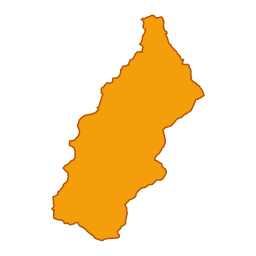 Formoso, Goiás, Brazil
{"feature_id": "56859067B82615632174924", "entity_name": "Formoso", "entity_type": "district", "adm_level": 2, "iso_a3": "BRA", "parent_name": "Brazil", "parent_adm1": "Goiás", "projection": "orthographic", "projection_center": [-48.87, -13.706], "detail": "fine", "context": "isolated", "style": "filled", "palette": "amber", "viewbox_px": 256, "rotation_deg": 0, "n_neighbors": 0, "source": "geoboundaries", "source_scale": "gbopen_adm2", "svg_char_len": 3619}
<svg xmlns="http://www.w3.org/2000/svg" viewBox="0 0 256 256"><path d="M202.9,96.2L204.0,95.4L203.4,93.4L202.9,91.9L201.9,89.9L200.5,88.5L199.5,86.2L197.1,84.6L196.3,83.2L194.2,82.4L192.1,80.6L190.8,79.2L191.6,77.3L190.8,76.0L190.9,73.4L191.0,71.8L190.4,68.9L189.2,67.5L189.0,65.2L187.5,64.3L185.6,64.6L183.7,64.3L182.2,63.9L182.7,62.1L183.4,59.5L181.5,60.0L180.2,56.8L179.4,55.2L177.5,54.1L176.9,52.2L175.1,50.3L173.3,48.6L171.4,46.5L170.4,44.4L169.2,43.9L167.9,40.1L167.5,38.5L166.9,37.0L165.5,34.6L167.0,33.5L166.7,31.8L164.7,30.5L163.6,27.5L163.5,24.6L163.9,22.2L163.2,19.9L162.4,17.8L161.2,16.9L159.0,17.5L156.7,18.1L154.8,16.8L153.5,15.4L151.2,15.4L150.2,16.3L148.1,17.0L146.1,17.7L144.6,18.7L142.7,18.4L141.4,19.5L143.1,20.6L143.8,22.2L143.7,23.7L142.9,26.3L143.6,28.2L145.6,29.7L144.3,33.9L142.7,35.7L142.4,38.8L141.9,40.5L141.0,43.1L139.7,44.2L140.9,44.9L142.2,45.6L143.1,47.3L142.3,49.1L142.2,52.0L139.8,51.7L137.3,52.0L135.5,53.8L133.7,57.7L132.3,59.2L130.1,60.0L129.1,62.5L128.6,65.1L127.3,65.0L125.9,66.2L123.5,66.0L122.4,67.0L122.1,68.4L120.7,69.8L120.8,71.4L120.4,73.3L119.4,75.8L117.4,77.6L114.6,78.2L112.8,78.4L112.6,80.1L112.6,82.1L110.7,83.0L108.7,83.4L107.5,82.7L105.5,84.2L104.0,86.4L101.5,88.2L101.2,90.2L101.8,91.5L101.2,93.0L102.9,94.1L102.2,95.9L101.6,97.5L101.3,99.4L100.5,101.3L99.8,103.6L99.1,106.2L97.2,107.9L98.5,109.3L98.0,110.7L96.4,111.3L96.0,112.8L93.6,113.3L92.2,113.9L90.1,114.5L87.2,114.9L84.6,115.6L82.8,116.8L81.6,117.9L79.2,120.2L79.0,121.7L78.4,123.2L77.6,124.8L77.9,126.6L78.4,127.9L79.2,130.0L79.6,131.5L79.2,134.4L77.1,137.4L75.3,139.3L73.9,140.5L71.7,140.6L69.6,141.2L69.4,145.3L71.9,146.2L74.3,148.3L74.8,149.7L75.2,151.3L75.1,154.3L75.1,156.1L75.1,157.8L74.0,158.9L73.4,160.1L71.9,160.5L70.3,161.6L69.3,163.1L67.7,164.3L65.6,165.3L64.1,166.8L63.2,168.1L64.5,169.8L66.0,171.0L68.2,172.9L68.0,175.1L68.3,177.0L67.5,180.1L66.9,181.7L65.9,182.7L64.2,183.7L63.3,184.9L63.0,186.8L61.3,188.7L60.1,190.4L58.4,191.5L57.7,192.7L57.9,194.2L56.6,195.3L54.8,196.2L53.0,196.8L53.3,198.6L53.4,200.4L53.5,201.8L53.5,203.9L54.1,205.8L53.3,207.5L52.0,208.5L52.6,209.8L54.1,210.0L53.8,212.0L53.7,213.9L53.7,216.4L53.8,218.0L55.3,218.8L57.9,219.7L61.1,219.8L62.2,220.5L63.6,221.4L64.3,223.2L66.1,223.6L67.9,223.1L69.2,224.4L71.2,224.7L72.8,224.1L74.2,223.8L75.4,222.7L76.8,222.6L78.1,222.9L78.8,224.9L80.4,226.4L83.4,227.4L84.3,228.6L86.0,229.6L87.3,231.4L89.7,233.2L91.7,235.0L93.4,235.4L93.8,236.8L94.6,237.9L96.6,238.9L99.4,239.8L102.6,240.6L104.3,239.2L108.0,238.5L109.9,238.4L113.1,238.2L117.6,237.9L119.1,237.0L119.3,235.0L117.8,233.6L117.4,231.4L119.8,229.3L120.8,227.9L121.7,226.4L124.5,224.7L125.5,223.5L125.5,221.4L125.9,219.2L126.6,215.8L126.9,214.1L127.2,212.7L126.6,210.4L126.7,208.0L125.6,206.1L125.1,204.5L127.8,201.8L129.4,199.8L132.1,198.9L134.9,197.4L135.7,196.1L136.2,193.7L137.5,191.7L139.5,189.7L140.9,188.6L142.9,187.8L145.6,187.2L148.0,185.2L149.8,184.6L152.3,184.4L153.9,182.9L156.6,180.1L158.1,180.0L161.1,180.0L162.2,179.2L163.6,177.7L165.9,173.8L166.3,172.2L165.9,170.0L165.0,168.8L163.5,167.9L162.2,166.6L161.8,164.0L160.6,163.1L159.3,162.6L158.0,161.5L156.5,160.8L154.9,160.1L154.8,158.4L156.0,156.4L156.9,155.2L158.0,154.3L159.2,153.4L161.4,149.8L161.9,148.1L163.8,146.3L164.8,143.8L165.4,141.4L165.1,139.5L164.4,135.9L163.9,134.3L163.6,132.4L162.9,130.6L163.6,129.1L165.3,127.7L168.1,126.7L170.0,126.2L171.8,125.3L174.2,122.5L176.2,119.9L177.6,118.8L178.9,118.1L181.4,117.4L183.1,115.8L184.3,114.7L189.0,112.0L191.2,110.3L192.6,107.3L194.7,102.5L195.8,99.6L198.1,98.9L199.7,98.3L201.2,97.2L202.9,96.2Z" fill="#f59e0b" stroke="#b45309" stroke-width="1.5"/></svg>